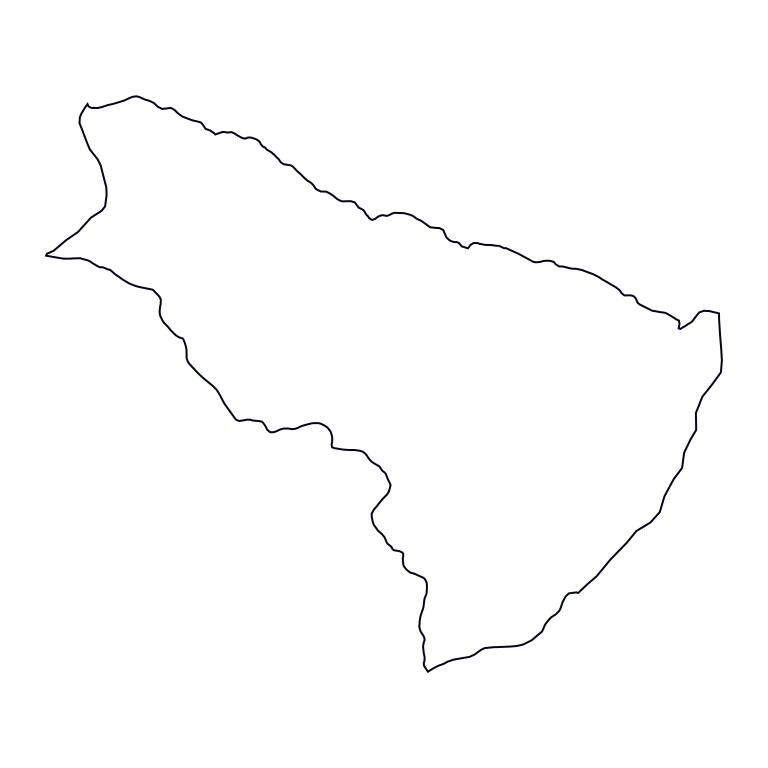 the district of Yangnyer, Tashigang, Bhutan
{"feature_id": "84629894B53688584852577", "entity_name": "Yangnyer", "entity_type": "district", "adm_level": 2, "iso_a3": "BTN", "parent_name": "Bhutan", "parent_adm1": "Tashigang", "projection": "mercator", "projection_center": [91.484, 27.363], "detail": "fine", "context": "isolated", "style": "outline", "palette": "ink", "viewbox_px": 768, "rotation_deg": 0, "n_neighbors": 0, "source": "geoboundaries", "source_scale": "gbopen_adm2", "svg_char_len": 5552}
<svg xmlns="http://www.w3.org/2000/svg" viewBox="0 0 768 768"><path d="M719.0,313.4L709.1,311.0L707.0,311.0L703.8,310.8L701.6,311.6L699.3,312.4L696.6,315.6L692.5,321.0L690.9,322.5L687.7,324.3L685.0,326.2L683.2,327.1L680.4,329.0L678.7,328.4L679.5,323.6L678.9,320.6L676.3,319.3L671.4,316.2L665.7,313.0L663.4,312.5L660.5,312.2L657.5,311.6L654.8,311.1L652.1,310.7L639.8,304.5L637.8,303.0L637.0,301.2L635.6,298.2L633.4,296.0L630.5,295.3L624.4,295.4L621.4,293.0L619.7,290.3L615.7,287.2L611.5,284.8L607.0,282.1L602.4,279.5L598.2,276.7L593.1,274.2L583.9,270.8L581.8,270.0L576.7,268.9L571.3,268.6L568.4,267.9L562.8,266.5L559.0,266.4L555.4,264.0L554.1,262.2L552.2,261.4L549.9,260.8L546.7,260.7L543.3,261.0L540.1,262.0L535.9,262.3L533.3,261.9L526.5,258.1L518.3,253.7L515.8,252.6L505.9,248.1L504.1,248.2L498.9,245.8L496.3,245.8L491.8,245.1L485.5,244.9L479.8,243.9L477.5,243.1L473.7,242.9L470.6,244.8L468.0,248.3L461.8,246.4L459.1,243.2L457.4,242.2L453.8,242.0L450.0,240.7L446.4,237.4L443.2,229.9L439.2,228.0L437.0,228.0L430.2,227.3L421.1,220.7L416.8,218.8L414.7,217.2L412.7,215.8L410.2,214.8L407.7,214.1L404.3,213.2L401.8,213.1L396.6,212.9L394.3,212.8L391.8,213.7L389.3,215.1L386.7,215.9L382.9,215.2L380.4,215.6L377.9,216.8L374.9,219.0L372.1,219.9L370.6,219.2L369.0,218.0L368.1,216.4L366.3,214.7L364.7,211.9L363.4,210.1L361.3,208.9L358.8,207.7L357.0,205.4L354.8,202.4L350.9,201.2L347.3,201.2L342.1,201.4L339.6,200.4L337.1,199.0L333.3,195.8L329.4,193.2L326.0,191.6L321.0,191.5L318.3,190.3L315.8,188.9L314.5,186.9L312.9,184.6L310.6,182.5L307.7,180.8L304.5,178.1L300.9,174.4L297.1,171.1L293.1,166.8L291.0,165.4L287.8,164.9L283.7,164.2L280.6,162.1L278.6,159.1L275.6,156.3L274.5,154.9L272.9,153.8L271.6,152.4L266.8,149.6L264.8,147.3L262.8,146.6L261.2,144.7L259.6,141.7L257.6,140.1L255.3,138.9L252.4,138.0L250.6,137.5L248.1,137.5L245.3,138.6L242.6,138.2L239.9,136.8L233.8,133.1L231.3,132.1L227.6,132.6L225.1,132.1L222.4,132.0L218.3,133.4L215.3,134.5L214.0,133.1L211.7,131.5L209.7,130.3L205.6,128.9L204.3,127.0L202.9,124.7L201.1,122.6L198.2,121.7L192.3,120.3L187.7,118.6L182.3,116.5L177.8,113.2L174.4,109.8L170.8,107.9L166.2,108.5L162.1,108.9L157.6,106.6L154.0,103.1L149.9,101.0L145.1,99.6L138.8,96.8L136.1,96.3L132.2,96.9L128.5,98.5L124.4,100.5L117.8,102.5L112.8,104.0L107.7,105.1L102.5,106.9L97.7,108.0L91.5,107.9L88.6,106.5L87.5,104.1L85.0,107.6L81.6,113.2L79.9,117.2L79.5,123.1L82.0,129.4L87.1,142.9L89.8,149.4L97.7,159.4L100.7,165.5L102.8,173.8L106.3,187.4L106.6,195.1L105.1,206.4L101.6,210.8L90.9,217.7L78.1,231.9L66.5,239.9L64.2,241.8L53.8,250.7L46.9,253.8L46.1,255.7L59.4,258.0L64.0,258.7L69.4,258.7L74.6,258.3L77.3,258.3L80.1,258.2L84.2,259.4L87.5,260.2L90.2,261.5L93.5,263.8L99.4,267.2L102.3,267.2L104.2,267.8L107.5,269.3L110.0,269.8L111.7,271.2L114.6,273.8L116.2,275.0L118.1,276.3L123.4,280.0L129.3,283.5L134.3,285.5L138.4,286.8L141.2,287.4L148.8,288.9L153.0,289.8L155.9,292.9L157.5,294.5L159.5,296.8L160.8,299.5L160.7,303.8L160.2,306.2L159.7,310.1L159.7,313.2L160.3,316.1L162.5,320.5L164.0,322.8L168.0,326.9L170.5,330.0L174.1,333.7L176.0,335.4L177.7,336.5L179.3,337.4L183.0,338.6L183.9,340.7L184.6,342.3L185.8,346.2L186.5,350.0L186.6,355.4L186.6,357.7L187.1,359.7L188.0,361.9L189.7,364.3L195.5,370.5L197.8,372.9L202.8,377.7L210.7,384.2L213.1,386.2L216.3,389.4L217.5,391.1L220.0,395.3L222.8,400.7L224.5,403.8L234.7,418.0L236.2,419.9L239.4,421.0L247.7,419.6L250.1,419.7L252.8,420.5L260.1,421.2L261.8,421.7L263.2,422.9L265.1,425.6L267.3,429.8L270.0,432.1L272.0,432.3L274.6,432.0L277.6,430.7L280.3,429.4L283.9,428.5L288.3,428.5L291.5,429.1L294.4,429.0L297.4,428.1L300.8,426.4L304.4,425.2L310.6,423.6L313.3,423.1L318.5,423.1L321.0,423.8L323.7,425.1L326.6,426.9L328.3,428.5L330.0,430.8L330.8,432.3L331.5,434.2L332.2,437.1L332.2,441.3L331.6,444.4L332.1,447.3L334.7,448.2L342.5,449.5L344.6,449.7L348.9,450.0L354.5,450.0L360.0,450.8L362.9,451.8L365.0,453.4L366.6,455.1L368.3,457.8L369.7,459.7L372.0,462.0L373.5,463.0L379.5,466.5L382.1,470.5L384.3,472.3L385.8,473.8L387.7,478.9L389.2,481.9L390.6,485.0L390.2,486.6L389.1,490.9L388.1,492.9L387.1,494.4L383.0,498.6L378.2,504.3L377.1,505.9L374.0,509.4L371.7,513.6L371.7,516.0L372.3,519.6L373.0,522.8L374.0,525.1L378.2,530.9L381.8,533.9L384.4,537.1L385.8,540.1L386.4,541.9L387.4,543.6L389.0,544.9L391.3,546.7L392.5,549.1L393.9,550.2L399.5,551.2L402.1,552.4L403.2,553.7L403.2,556.2L402.8,558.5L403.3,564.5L403.8,566.1L405.5,568.5L407.7,570.7L410.3,572.6L412.8,573.2L415.0,574.0L422.3,577.3L423.7,578.0L425.1,579.4L426.6,582.5L426.9,584.4L426.9,589.0L426.6,593.1L426.0,595.1L424.8,597.8L424.3,600.0L423.5,606.9L422.9,609.1L421.1,614.2L420.4,616.7L419.6,621.8L419.6,624.2L419.2,626.1L419.9,629.4L420.6,631.4L423.9,636.6L424.6,638.9L424.4,640.8L423.7,642.7L423.3,644.7L423.1,647.3L423.8,653.3L424.6,657.0L424.5,660.6L423.8,662.8L424.0,665.7L427.9,671.7L432.6,668.8L437.7,666.0L443.5,663.9L447.7,661.6L453.8,659.6L461.8,658.2L469.5,656.9L474.3,654.7L481.0,649.9L484.7,648.1L493.5,647.2L498.0,647.1L501.8,646.9L509.6,646.6L516.7,646.0L523.2,644.5L531.8,640.2L537.5,635.3L542.0,631.6L543.6,628.1L545.1,624.5L548.7,619.9L551.1,617.4L555.8,614.3L559.3,610.8L560.5,608.4L562.7,601.9L565.7,596.4L568.7,593.5L572.1,592.9L576.5,592.4L578.1,593.0L587.1,584.5L596.7,576.2L597.8,574.9L610.2,559.8L626.9,542.6L636.4,531.0L650.4,522.5L659.8,512.1L661.9,504.9L664.4,496.4L671.3,483.5L674.0,478.7L682.1,468.0L684.1,452.8L685.6,449.7L690.5,439.5L695.0,431.9L696.2,429.9L695.9,412.9L697.8,408.3L702.3,396.8L711.8,384.9L720.9,372.4L721.9,360.4L721.2,348.7L720.2,336.8L719.1,319.8L719.0,313.4Z" fill="none" stroke="#020617" stroke-width="2"/></svg>